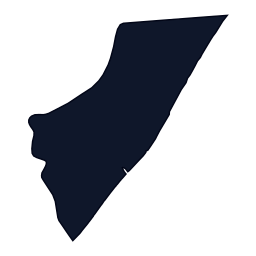 the district of Zinjibar, Abyan, Yemen
{"feature_id": "15242507B56433335269136", "entity_name": "Zinjibar", "entity_type": "district", "adm_level": 2, "iso_a3": "YEM", "parent_name": "Yemen", "parent_adm1": "Abyan", "projection": "natural_earth1", "projection_center": [45.421, 13.143], "detail": "fine", "context": "isolated", "style": "filled", "palette": "ink", "viewbox_px": 256, "rotation_deg": 0, "n_neighbors": 0, "source": "geoboundaries", "source_scale": "gbopen_adm2", "svg_char_len": 1624}
<svg xmlns="http://www.w3.org/2000/svg" viewBox="0 0 256 256"><path d="M227.2,15.4L216.6,16.2L213.6,16.4L211.0,16.6L207.0,16.9L204.2,17.1L162.2,20.3L123.4,23.3L120.3,24.7L117.6,29.2L115.6,36.6L113.7,46.6L110.5,58.5L108.2,64.9L103.1,74.9L98.8,80.9L91.8,87.8L82.0,94.1L68.0,103.4L48.9,113.3L45.8,114.3L43.5,114.7L38.9,114.6L34.8,114.8L31.5,116.2L29.8,117.9L28.8,120.0L28.8,122.4L29.6,124.6L30.9,126.8L32.9,129.6L34.1,132.0L34.0,135.6L32.6,141.3L31.9,148.7L32.2,153.3L33.7,155.9L36.7,157.5L42.0,159.3L44.4,160.2L46.0,161.2L46.4,162.5L46.3,164.1L45.6,166.2L43.9,169.5L42.0,172.9L41.8,174.3L41.6,175.6L41.8,177.5L43.3,180.1L52.8,194.7L55.3,201.3L56.3,207.5L57.9,217.6L59.0,220.6L59.2,220.9L63.0,226.4L66.5,231.6L67.0,232.3L69.4,235.8L72.8,240.6L79.9,233.3L81.0,231.9L82.0,230.5L88.1,223.0L88.3,222.5L89.0,221.8L89.3,221.4L93.3,216.1L93.4,215.5L94.2,214.7L96.5,211.5L96.7,211.2L99.8,206.9L101.0,205.2L101.5,204.7L104.2,200.7L104.6,200.4L105.5,199.2L110.1,193.1L114.8,187.1L115.8,186.1L116.1,185.5L117.5,184.0L120.1,180.7L120.5,180.4L121.3,179.2L121.9,178.7L123.5,176.9L126.0,174.0L124.2,171.8L122.5,168.5L122.3,167.7L122.6,167.5L123.6,167.7L124.6,168.1L126.0,169.3L126.6,170.2L127.8,171.7L129.0,170.8L130.3,169.5L138.7,160.5L143.1,155.9L145.7,152.5L146.0,151.5L145.9,151.0L146.3,150.7L147.0,150.6L147.4,150.2L147.8,150.2L148.3,149.5L150.7,146.0L155.5,138.7L156.4,136.8L159.6,130.7L169.2,114.5L169.4,111.6L181.3,89.5L186.0,82.7L187.5,78.2L190.0,74.9L192.3,70.8L194.9,66.0L197.5,60.9L200.3,57.5L202.0,54.1L206.0,47.4L210.7,39.6L212.8,36.3L215.8,32.3L222.6,21.3L227.2,15.4Z" fill="#0f172a" stroke="#020617" stroke-width="1.5"/></svg>